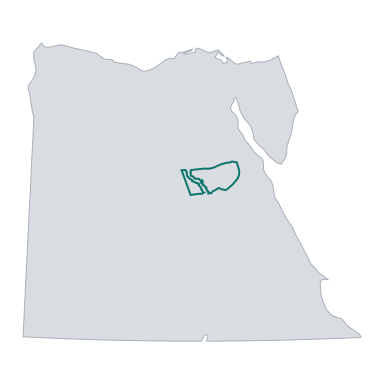 Zemam Out, Al Bahr al Ahmar, Egypt (highlighted)
{"feature_id": "37247803B70127900746184", "entity_name": "Zemam Out", "entity_type": "district", "adm_level": 2, "iso_a3": "EGY", "parent_name": "Egypt", "parent_adm1": "Al Bahr al Ahmar", "projection": "albers", "projection_center": [31.154, 27.336], "detail": "fine", "context": "in_parent", "style": "outline", "palette": "teal", "viewbox_px": 384, "rotation_deg": 0, "n_neighbors": 0, "source": "geoboundaries", "source_scale": "gbopen_adm2", "svg_char_len": 6733}
<svg xmlns="http://www.w3.org/2000/svg" viewBox="0 0 384 384"><path d="M361.0,337.4L351.6,337.8L342.3,338.2L333.0,338.6L323.7,338.9L314.4,339.2L305.0,339.5L295.7,339.8L286.4,340.1L277.1,340.3L267.7,340.5L258.4,340.6L249.1,340.8L239.8,340.9L230.4,341.0L221.1,341.1L211.8,341.1L206.5,341.1L207.4,338.4L207.9,336.5L207.3,335.2L205.5,334.9L204.3,335.3L201.5,341.0L200.0,341.2L196.7,341.2L185.9,341.2L175.0,341.1L164.2,341.0L153.3,340.9L142.4,340.7L131.6,340.5L120.7,340.3L109.9,340.1L99.0,339.8L88.1,339.5L77.3,339.1L66.4,338.7L55.6,338.3L44.7,337.8L33.9,337.3L23.0,336.8L23.4,330.0L23.7,323.2L24.1,316.3L24.4,309.5L24.7,302.7L25.1,295.9L25.4,289.0L25.7,282.2L26.1,275.4L26.4,268.5L26.8,261.7L27.1,254.8L27.4,248.0L27.8,241.1L28.1,234.3L28.5,227.5L28.8,220.6L29.1,213.8L29.5,206.9L29.8,200.1L30.2,193.2L30.5,186.4L30.8,179.5L31.2,172.7L31.5,165.8L31.8,159.0L32.2,152.1L32.5,145.3L32.9,138.4L33.2,131.6L33.5,124.7L33.9,117.9L33.7,116.6L32.5,111.9L31.4,105.9L30.3,98.6L30.3,96.2L28.2,88.6L28.1,86.5L28.8,85.0L33.1,78.9L34.5,75.9L35.6,72.3L36.1,69.3L35.2,64.7L34.0,60.5L33.8,56.3L33.8,52.2L36.0,49.4L38.5,46.9L39.5,45.4L41.0,43.6L42.0,42.8L43.8,46.6L47.9,47.4L61.3,44.7L75.9,48.6L84.0,50.2L96.4,53.4L103.9,58.7L106.0,59.4L111.5,59.4L115.0,62.5L129.3,64.3L136.9,67.7L141.2,70.4L143.8,71.2L146.1,71.1L149.2,70.2L153.2,68.4L157.5,65.9L166.4,59.4L169.6,58.3L171.6,58.6L174.1,58.6L175.2,56.8L176.5,55.6L177.3,54.2L178.7,52.5L183.3,52.1L192.5,49.3L191.4,50.6L183.0,53.8L186.6,54.2L190.3,53.1L194.5,52.4L195.3,51.1L195.8,48.5L196.6,48.1L199.5,48.6L208.2,52.6L210.3,52.6L216.4,50.4L217.7,50.0L219.6,51.2L224.2,56.0L222.6,55.9L217.8,51.8L217.3,53.9L214.6,57.6L218.1,59.1L220.8,59.7L222.4,61.8L223.3,63.6L226.1,62.8L228.0,60.3L227.0,58.9L226.3,57.5L227.2,57.4L229.1,58.6L234.6,63.3L236.5,64.2L238.6,64.0L243.0,62.6L244.3,62.8L250.2,61.0L250.9,62.3L251.9,63.5L256.7,62.0L264.3,61.9L270.4,60.2L277.5,56.3L278.1,55.7L278.5,56.6L279.4,59.2L281.7,65.6L283.8,70.7L286.3,77.7L287.1,80.3L287.5,82.2L291.1,89.9L293.3,96.2L294.9,101.3L297.2,108.8L298.2,111.5L296.8,112.9L293.9,117.9L291.2,133.6L287.0,146.0L286.6,153.6L286.0,156.4L283.9,160.4L281.3,164.2L276.5,162.4L268.7,155.9L264.1,149.6L259.2,145.6L254.6,140.2L253.3,136.4L253.3,133.9L251.3,127.8L249.8,124.9L244.2,118.5L242.6,115.0L241.4,113.5L240.2,111.3L238.1,102.9L235.9,97.6L233.4,99.1L233.9,101.4L231.8,104.5L230.5,108.1L231.5,111.1L236.0,115.5L237.0,117.5L238.1,121.7L238.0,127.5L238.7,129.5L242.1,133.8L243.4,136.3L244.1,138.5L245.3,140.5L248.7,144.2L253.6,151.2L258.3,156.0L261.6,158.2L263.1,160.5L263.5,166.5L263.3,169.4L266.3,174.8L267.5,177.5L270.3,179.6L271.7,182.1L273.0,186.3L275.0,198.4L277.6,201.4L285.6,217.3L292.4,227.3L295.7,234.8L300.8,243.9L310.9,263.8L316.7,269.9L319.1,273.3L323.3,275.9L327.9,279.6L323.6,279.4L322.6,279.7L321.1,280.4L320.5,282.8L320.2,284.7L321.1,295.0L322.5,300.2L326.6,309.9L329.5,312.8L330.9,314.6L332.9,316.0L342.0,319.0L347.5,325.9L359.6,334.4L360.9,336.8L361.0,337.4Z" fill="#d9dde1" stroke="#a8b0b8" stroke-width="1"/><path d="M200.0,180.1L200.3,180.4L200.6,180.6L200.8,180.7L200.9,181.0L201.0,181.2L201.1,181.5L201.2,181.9L201.3,182.1L201.3,182.3L201.2,182.5L201.2,182.8L201.2,183.0L201.3,183.1L201.5,183.1L201.8,183.1L201.7,183.2L201.9,183.5L202.0,183.4L202.3,183.5L202.6,183.7L202.8,183.9L203.0,184.2L203.0,184.3L203.2,184.7L203.2,184.8L203.2,185.0L203.3,185.1L203.3,185.4L203.6,185.4L203.9,185.3L204.0,185.4L204.3,185.6L204.4,185.9L204.5,186.0L204.7,186.3L204.8,186.4L205.1,186.6L205.3,186.8L205.4,187.0L205.5,187.1L205.9,187.2L205.8,187.3L205.7,187.4L205.7,187.6L205.6,187.8L205.7,188.0L206.1,188.1L206.2,188.3L206.4,188.4L206.5,188.6L206.5,188.8L206.6,189.0L206.5,189.4L206.6,189.5L206.7,189.8L206.8,190.0L207.2,190.4L207.2,190.5L207.3,190.7L207.3,190.8L207.6,191.0L207.8,191.2L208.0,191.2L208.0,191.3L208.0,191.5L207.9,191.6L208.0,191.8L208.3,191.9L208.3,192.0L208.2,192.2L208.2,192.4L208.2,192.5L208.3,192.8L208.3,193.0L208.4,193.5L209.5,192.8L210.8,193.5L211.4,193.0L212.3,191.6L213.7,190.8L215.3,190.1L216.7,189.2L218.6,188.0L220.6,188.8L223.1,189.6L225.6,190.1L228.3,188.3L233.2,183.9L238.0,178.0L238.0,177.4L239.0,175.1L239.3,171.0L237.9,166.1L237.0,163.2L236.7,162.3L231.9,161.5L230.4,162.4L227.0,162.7L221.7,164.1L217.5,165.8L213.6,167.7L209.3,168.7L203.4,168.7L198.5,169.2L191.0,170.0L190.7,170.4L190.6,170.8L190.5,171.1L190.5,171.4L190.5,171.5L190.4,172.2L190.5,172.4L190.8,172.4L190.8,172.7L190.9,173.0L190.9,173.3L190.9,173.6L190.8,173.9L190.7,174.0L190.6,174.3L190.6,174.5L190.7,175.0L190.8,175.3L190.9,175.6L191.1,175.7L191.3,175.9L191.5,175.9L191.6,176.0L191.9,176.1L192.3,176.3L192.4,176.2L192.6,176.3L192.8,176.4L192.9,176.7L193.1,176.8L193.8,177.3L193.8,177.5L194.0,177.7L194.2,177.8L194.4,178.0L194.7,178.1L194.8,178.2L195.0,178.3L195.2,178.5L195.3,178.6L195.6,178.9L195.8,178.8L196.0,178.8L196.4,178.8L196.5,178.7L197.3,178.6L197.5,178.7L197.7,178.8L197.8,178.9L198.0,178.9L198.4,179.1L198.7,179.2L198.8,179.1L199.1,179.0L199.3,179.1L199.3,179.3L199.5,179.5L199.8,179.8L200.0,180.1ZM202.6,181.2L202.1,181.5L201.6,180.9L201.5,180.4L202.0,180.1L202.2,180.4L202.2,180.7L202.6,181.2ZM190.6,195.0L195.1,194.3L198.5,193.9L202.2,193.7L203.5,192.8L203.4,192.8L203.2,192.7L203.1,192.4L203.0,192.2L202.9,192.1L202.7,191.6L202.6,191.4L202.6,191.2L202.4,191.1L202.5,190.9L202.5,190.7L202.2,190.1L201.9,190.0L201.7,189.9L201.7,189.7L201.7,189.4L201.4,189.0L201.3,188.9L201.1,188.9L201.0,188.7L201.0,188.3L201.0,188.2L200.9,188.2L200.8,187.9L200.8,187.7L200.7,187.6L200.6,187.4L200.5,187.0L200.5,186.9L200.4,186.8L200.2,186.6L199.9,186.4L199.4,186.1L199.1,185.7L198.9,185.4L198.8,185.2L198.7,184.9L198.8,184.8L198.9,184.7L199.0,184.6L199.0,184.4L199.0,184.1L198.8,183.6L198.7,183.6L198.1,183.5L197.6,183.4L197.1,183.1L197.0,182.9L196.8,182.9L196.5,183.0L196.3,183.0L196.2,183.0L196.1,182.9L195.8,182.7L195.7,182.6L195.4,182.6L195.2,182.5L195.1,182.4L194.8,182.3L194.3,182.0L194.0,181.9L193.8,181.8L193.5,181.6L193.3,181.6L193.1,181.4L192.8,181.3L192.7,181.3L192.6,181.2L192.4,181.1L192.4,180.8L192.5,180.8L192.5,180.7L192.6,180.4L192.4,180.3L192.3,180.2L192.1,180.1L191.9,180.1L191.8,180.3L191.7,180.1L191.6,179.9L191.2,179.5L191.1,179.4L190.9,179.3L190.7,179.2L190.3,178.9L190.1,178.9L189.9,178.8L189.7,178.7L189.4,178.6L189.2,178.4L188.9,178.2L188.7,178.0L188.6,177.9L188.5,177.7L188.5,177.4L188.4,177.1L188.3,176.9L188.1,176.8L187.9,176.6L187.7,176.5L187.4,176.5L187.3,176.4L187.2,176.3L187.2,176.2L187.0,175.6L187.0,175.4L186.9,175.2L186.8,174.7L186.8,174.4L186.8,174.2L186.8,173.9L187.0,173.5L187.0,173.3L186.9,173.1L186.8,172.8L186.7,172.6L186.5,172.4L186.6,172.1L186.6,171.9L186.4,171.6L186.2,171.1L186.1,170.9L186.0,170.7L185.9,170.6L185.7,170.4L185.5,170.0L181.6,170.2L190.6,195.0Z" fill="none" stroke="#0f766e" stroke-width="2"/></svg>